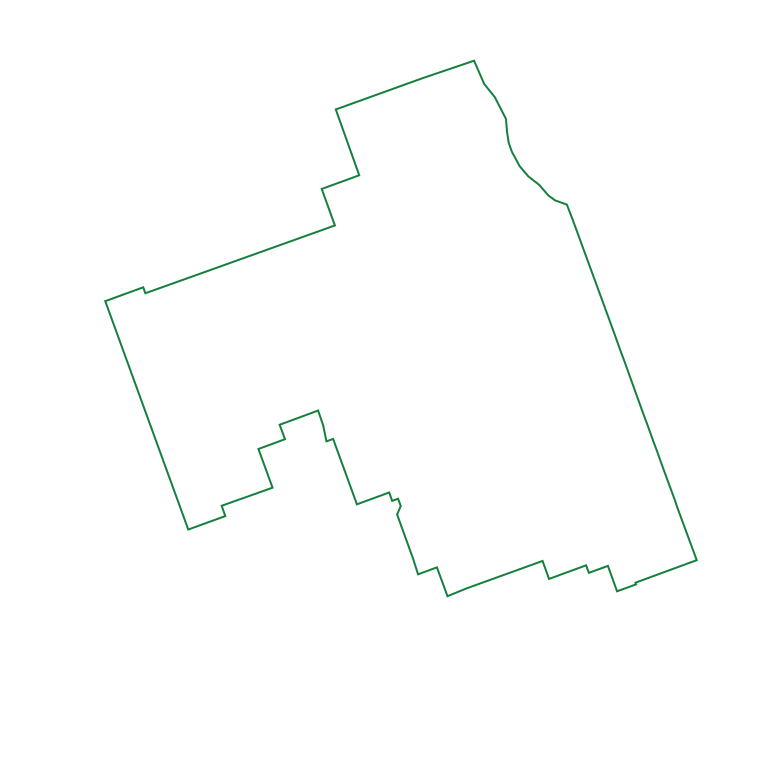 the district of Umatilla, Oregon, United States of America, rotated 70°
{"feature_id": "52423323B79537208575775", "entity_name": "Umatilla", "entity_type": "district", "adm_level": 2, "iso_a3": "USA", "parent_name": "United States of America", "parent_adm1": "Oregon", "projection": "robinson", "projection_center": [-118.594, 45.498], "detail": "fine", "context": "isolated", "style": "outline", "palette": "green", "viewbox_px": 768, "rotation_deg": 70, "n_neighbors": 0, "source": "geoboundaries", "source_scale": "gbopen_adm2", "svg_char_len": 1101}
<svg xmlns="http://www.w3.org/2000/svg" viewBox="0 0 768 768"><g transform="rotate(70 384 384)"><path d="M453.8,617.7L453.8,578.3L442.9,578.2L443.3,524.2L402.1,524.2L402.0,495.9L386.6,496.0L386.4,455.0L402.0,455.3L418.2,457.7L418.2,450.6L487.8,450.6L487.7,416.2L496.6,416.3L496.6,410.0L504.4,410.0L511.1,416.3L558.0,416.4L574.5,417.1L574.4,397.0L605.1,396.9L604.3,376.4L604.5,295.5L623.6,295.6L623.5,256.1L631.5,256.1L631.5,235.8L658.5,235.9L658.5,215.6L656.7,215.6L656.5,150.4L649.3,150.4L600.8,150.6L599.0,150.6L593.4,150.4L562.3,150.5L559.4,150.5L553.4,150.5L552.0,150.5L541.8,150.4L530.0,150.5L510.2,150.4L506.3,150.5L496.7,150.5L471.6,150.4L461.8,150.4L446.8,150.3L434.7,150.4L432.3,150.4L430.7,150.4L420.6,150.3L409.0,150.3L408.4,150.3L401.2,150.3L394.0,150.3L295.2,150.5L278.0,150.8L270.0,160.4L263.0,165.1L250.1,170.0L238.2,177.4L225.8,182.0L209.6,184.4L199.8,184.3L188.5,182.0L176.7,178.7L152.2,181.8L136.5,187.2L111.0,188.8L109.8,242.6L109.5,335.4L179.4,335.9L179.4,375.8L218.2,375.9L217.1,577.2L210.8,577.2L210.8,617.6L453.8,617.7Z" fill="none" stroke="#15803d" stroke-width="2"/></g></svg>